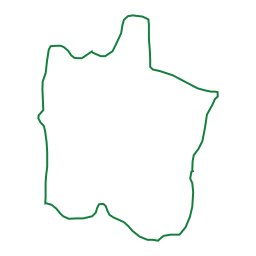 SVG path tracing the border of Vinica
{"feature_id": "MKD-3003", "entity_name": "Vinica", "entity_type": "Statistical Region", "adm_level": 1, "iso_a3": "MKD", "parent_name": "North Macedonia", "parent_adm1": "", "projection": "albers", "projection_center": [22.558, 41.857], "detail": "fine", "context": "isolated", "style": "outline", "palette": "green", "viewbox_px": 256, "rotation_deg": 0, "n_neighbors": 0, "source": "natural_earth", "source_scale": "10m", "svg_char_len": 1343}
<svg xmlns="http://www.w3.org/2000/svg" viewBox="0 0 256 256"><path d="M45.3,203.3L45.6,196.9L45.6,186.7L45.6,182.5L46.3,173.9L47.2,166.9L47.2,159.9L47.2,152.5L46.6,142.2L45.1,131.1L43.9,126.1L40.5,122.4L38.3,118.3L38.5,117.2L38.7,115.4L43.3,110.0L42.4,89.0L42.7,81.6L45.7,73.0L47.0,61.0L48.8,49.5L50.7,46.2L55.6,45.8L61.1,45.8L64.2,47.4L68.2,50.8L71.2,55.3L74.3,57.8L77.9,58.2L81.9,58.2L88.7,53.6L91.6,51.7L91.6,52.0L94.8,53.6L100.7,56.1L105.3,56.1L112.6,51.2L117.2,41.7L121.2,33.1L122.4,25.2L123.9,19.9L127.9,16.2L132.8,15.4L142.6,16.6L148.4,19.4L148.9,25.0L148.9,38.6L149.8,50.1L150.2,59.6L150.2,67.0L152.9,69.5L160.0,71.1L172.8,75.3L185.1,81.8L197.7,88.4L205.6,90.5L211.5,91.7L215.4,91.7L217.6,92.1L217.7,96.6L214.9,99.1L212.4,104.8L206.9,114.7L205.1,127.1L202.4,141.1L198.4,149.0L193.8,155.1L192.6,161.3L192.3,170.0L192.8,171.2L191.4,171.6L190.2,178.6L192.3,183.2L193.2,192.2L192.3,206.6L189.9,216.9L185.6,227.2L179.5,234.7L170.5,234.7L163.5,235.9L158.2,240.4L158.2,240.6L157.6,240.6L152.7,239.8L147.5,239.8L139.4,236.5L132.4,230.8L128.4,226.2L123.8,222.1L118.6,219.7L113.0,217.2L109.4,214.7L107.2,210.2L105.7,206.0L103.5,204.0L101.4,204.0L98.9,204.4L97.1,208.1L95.8,212.6L92.1,216.3L83.2,218.4L76.2,218.4L68.8,218.8L63.3,216.3L60.5,213.8L56.2,208.5L51.6,204.8L45.8,203.1L45.3,203.3Z" fill="none" stroke="#15803d" stroke-width="2"/></svg>